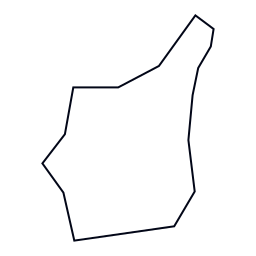 map outline of Fiorentino (orthographic projection)
{"feature_id": "SMR-4890", "entity_name": "Fiorentino", "entity_type": "state/province", "adm_level": 1, "iso_a3": "SMR", "parent_name": "San Marino", "parent_adm1": "", "projection": "orthographic", "projection_center": [12.455, 43.909], "detail": "fine", "context": "isolated", "style": "outline", "palette": "ink", "viewbox_px": 256, "rotation_deg": 0, "n_neighbors": 0, "source": "natural_earth", "source_scale": "10m", "svg_char_len": 306}
<svg xmlns="http://www.w3.org/2000/svg" viewBox="0 0 256 256"><path d="M194.7,191.5L174.2,226.3L74.3,240.6L63.4,192.6L42.4,163.4L64.9,134.2L73.3,87.4L118.2,87.4L158.9,66.0L195.4,15.4L213.6,29.0L210.8,46.5L198.2,68.0L192.6,95.2L188.4,140.1L194.7,191.5Z" fill="none" stroke="#020617" stroke-width="2"/></svg>